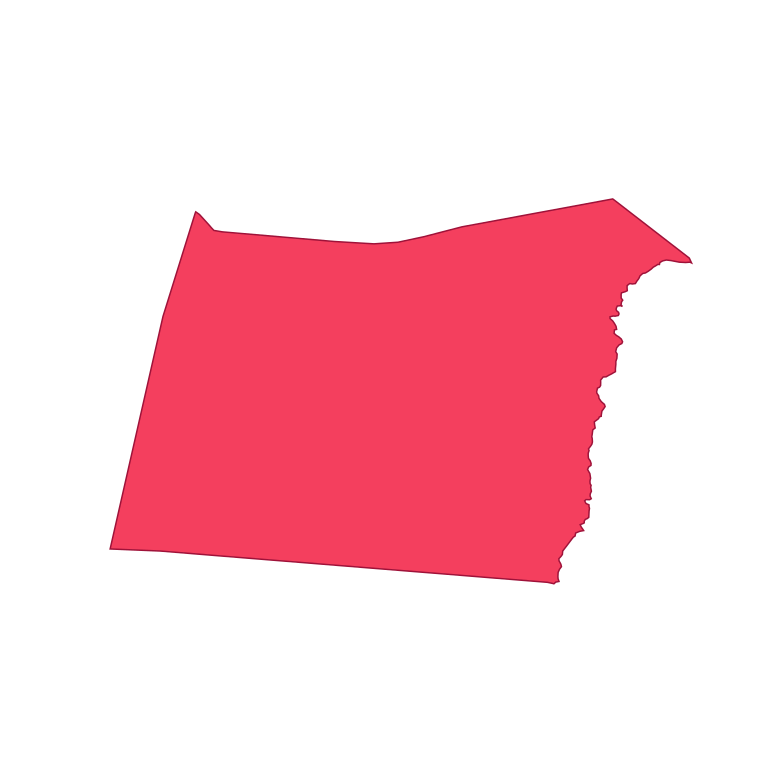 As Sunta, Southern Darfur, Sudan, rotated 294°
{"feature_id": "16777658B61826891911039", "entity_name": "As Sunta", "entity_type": "district", "adm_level": 2, "iso_a3": "SDN", "parent_name": "Sudan", "parent_adm1": "Southern Darfur", "projection": "robinson", "projection_center": [25.684, 10.668], "detail": "fine", "context": "isolated", "style": "filled", "palette": "rose", "viewbox_px": 768, "rotation_deg": 294, "n_neighbors": 0, "source": "geoboundaries", "source_scale": "gbopen_adm2", "svg_char_len": 2463}
<svg xmlns="http://www.w3.org/2000/svg" viewBox="0 0 768 768"><g transform="rotate(294 384 384)"><path d="M464.7,142.0L463.5,142.0L355.9,154.6L121.9,200.9L140.2,247.0L160.7,305.4L227.0,493.8L234.1,513.9L251.1,562.3L269.3,614.0L270.4,619.2L270.6,620.5L272.9,621.5L274.8,624.2L276.8,622.3L278.8,621.2L282.7,619.7L286.3,619.7L289.3,620.4L291.3,618.9L293.6,615.9L295.5,614.8L298.8,615.9L300.8,616.3L304.1,615.2L307.0,615.9L312.0,617.1L318.5,618.6L321.2,619.3L322.8,620.4L325.8,619.7L329.0,622.7L331.3,626.0L332.3,624.5L333.6,622.3L335.3,620.4L337.6,622.7L338.6,623.4L340.2,622.7L342.2,623.0L343.8,624.5L345.5,625.3L351.4,623.0L354.0,622.3L355.3,621.2L357.0,620.4L357.0,617.1L358.9,614.8L360.6,615.6L361.9,618.9L363.5,620.0L365.5,617.8L367.5,617.1L370.4,617.1L373.7,614.8L375.7,614.4L376.7,612.9L378.7,611.8L380.0,611.4L381.9,611.1L385.9,608.5L387.9,605.8L388.8,604.7L391.5,604.7L393.8,606.2L395.7,605.5L397.7,603.6L399.3,601.0L402.0,599.5L403.9,598.7L406.6,598.4L407.9,597.2L411.2,598.0L413.5,598.4L415.8,598.0L417.4,597.2L419.4,596.1L420.0,595.4L421.4,595.0L423.0,594.6L425.3,593.9L427.1,593.4L429.7,594.8L432.4,593.0L435.0,591.5L436.9,592.6L439.6,594.1L441.5,594.1L442.9,595.6L443.8,595.2L447.8,594.1L451.1,594.8L453.3,595.2L455.0,593.7L456.3,589.6L458.3,586.3L460.6,584.8L462.2,582.2L463.5,581.4L467.1,580.7L468.8,582.2L470.7,582.5L473.4,581.4L475.7,580.3L479.6,581.4L480.9,584.0L483.5,585.9L485.8,587.8L487.8,589.2L489.4,590.4L492.1,589.2L496.3,587.8L499.0,586.6L502.2,586.3L506.2,584.8L507.8,582.5L511.7,581.8L515.4,582.9L517.7,584.8L519.6,584.8L521.6,582.5L522.6,579.2L522.9,576.6L523.9,573.6L527.2,572.5L528.5,574.3L531.1,572.5L533.1,569.8L534.7,567.2L535.7,563.9L537.3,563.1L539.3,565.7L540.0,567.6L541.9,570.2L543.6,570.2L544.9,569.1L545.5,566.9L546.5,565.7L547.8,565.4L550.1,565.4L551.8,568.3L551.8,570.2L552.8,568.3L555.7,567.6L557.7,568.0L559.0,565.7L562.3,564.2L563.9,563.9L566.5,566.9L568.2,568.3L570.8,566.9L572.8,566.1L575.7,567.6L576.4,570.2L578.0,572.8L581.0,573.2L583.9,573.9L586.9,573.9L590.2,575.4L591.1,576.7L591.8,577.7L594.4,579.5L597.7,581.4L600.3,582.5L602.3,584.0L604.6,585.5L605.2,587.0L607.2,586.6L609.8,588.5L612.1,591.5L613.5,596.0L615.4,604.2L617.7,610.2L619.7,613.9L619.7,615.7L623.2,611.7L645.7,519.5L646.1,517.7L559.3,391.3L534.4,360.0L519.2,339.1L508.0,317.9L504.1,307.6L494.0,280.7L457.3,174.6L455.1,166.1L456.7,162.4L457.5,160.8L463.8,146.5L464.3,144.0L464.7,142.0Z" fill="#f43f5e" stroke="#9f1239" stroke-width="1.5"/></g></svg>